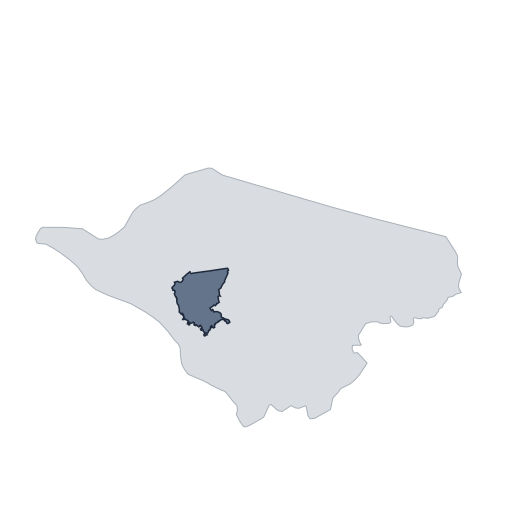 Ar-Raqqa, Ar Raqqah, Syria (highlighted), rotated 228°
{"feature_id": "27442178B57458390277946", "entity_name": "Ar-Raqqa", "entity_type": "district", "adm_level": 2, "iso_a3": "SYR", "parent_name": "Syria", "parent_adm1": "Ar Raqqah", "projection": "natural_earth1", "projection_center": [39.122, 35.826], "detail": "fine", "context": "in_parent", "style": "filled", "palette": "slate", "viewbox_px": 512, "rotation_deg": 228, "n_neighbors": 0, "source": "geoboundaries", "source_scale": "gbopen_adm2", "svg_char_len": 6166}
<svg xmlns="http://www.w3.org/2000/svg" viewBox="0 0 512 512"><g transform="rotate(228 256 256)"><path d="M98.7,187.3L102.4,187.7L110.3,192.5L111.6,192.4L114.1,186.0L116.5,183.8L121.4,181.9L122.9,171.5L125.2,169.6L128.0,168.5L132.2,168.3L135.9,167.7L136.2,165.8L131.1,153.9L131.6,150.8L134.2,138.8L135.8,134.1L137.3,132.6L143.2,133.2L151.4,135.3L153.5,138.7L157.5,141.8L163.5,141.6L170.5,142.2L175.9,142.4L180.3,140.2L190.1,136.2L194.9,134.8L199.3,133.0L213.5,126.4L219.2,126.9L223.1,127.8L226.1,128.9L232.7,133.4L238.2,138.0L242.1,139.3L249.0,139.2L259.1,140.1L271.4,140.0L278.6,138.7L287.8,136.5L304.2,131.1L325.7,119.8L338.4,114.3L343.9,113.7L351.0,113.6L358.1,115.1L366.2,116.1L369.9,116.0L378.6,114.9L389.9,112.6L397.0,110.7L405.6,107.7L410.9,102.6L412.6,102.0L414.8,103.0L415.9,103.3L418.1,106.2L420.5,113.7L420.5,114.5L420.1,116.6L414.5,122.8L407.0,131.1L401.6,136.4L392.4,145.2L385.6,147.1L374.0,150.3L370.9,153.4L368.0,158.4L366.4,165.3L365.9,169.6L365.6,177.6L368.4,185.9L371.1,193.9L371.5,199.1L371.2,204.3L368.7,209.9L366.0,217.5L364.5,226.1L363.7,242.2L363.8,256.0L363.6,258.2L358.9,267.9L353.3,279.3L350.7,281.9L338.4,285.3L325.0,293.6L310.0,302.8L296.3,311.3L282.0,320.1L267.1,329.3L256.5,335.9L242.2,344.7L229.2,353.0L216.0,361.6L206.0,368.0L190.8,378.2L181.8,384.2L168.7,393.0L157.1,400.8L143.4,410.0L126.2,407.2L120.8,405.7L116.4,401.3L113.2,399.0L105.1,396.6L100.0,388.3L96.9,385.4L91.5,384.1L93.9,378.8L94.3,375.4L96.7,371.1L95.3,368.4L94.6,362.5L93.6,361.0L93.2,359.5L94.1,357.6L93.8,355.6L92.8,354.8L92.4,351.8L91.7,349.7L92.1,347.0L93.3,345.3L94.6,342.0L96.0,341.0L98.3,338.9L98.9,336.7L101.0,334.6L103.8,332.9L104.4,331.5L104.0,330.7L101.3,329.1L99.8,326.4L101.2,322.4L102.1,321.1L103.7,319.2L107.5,316.2L110.4,315.7L112.9,315.7L117.1,316.0L120.3,316.5L121.2,315.7L121.1,314.8L117.0,312.3L116.8,310.4L117.9,308.4L120.8,305.1L124.2,302.7L125.9,302.3L129.9,297.5L132.4,292.1L128.5,279.0L126.0,277.0L122.1,275.2L119.7,274.9L119.6,274.0L122.7,270.7L125.0,267.8L122.5,265.1L118.2,263.8L116.5,266.6L110.8,266.9L102.1,266.9L98.4,253.1L97.8,247.1L98.0,240.2L100.8,230.1L99.6,225.4L99.5,222.3L98.9,217.9L92.1,208.6L96.0,191.4L98.7,187.3Z" fill="#d9dde1" stroke="#a8b0b8" stroke-width="1"/><path d="M231.1,168.5L231.5,170.1L232.2,170.7L232.3,171.2L232.3,171.5L232.0,171.8L232.2,172.2L231.9,172.5L232.5,173.1L232.4,173.7L232.9,174.0L232.9,174.3L233.9,174.8L233.9,176.3L233.7,176.2L233.3,176.3L233.1,176.1L233.2,175.6L232.8,175.4L232.1,175.8L232.2,176.2L231.0,176.3L231.0,176.8L230.8,177.0L230.7,177.7L231.2,178.0L231.9,178.4L232.0,178.6L232.7,179.2L232.4,180.2L233.1,180.6L232.9,181.2L233.0,181.6L232.5,182.6L232.5,182.9L232.3,183.2L232.3,183.9L232.2,184.5L232.7,184.6L232.3,185.2L232.2,185.9L232.1,186.1L232.0,186.4L232.2,187.2L232.0,187.4L231.6,188.3L231.3,188.4L231.1,189.0L230.8,189.4L230.8,189.6L230.6,189.6L230.5,189.9L230.1,189.7L228.9,189.2L228.3,189.6L228.4,189.9L227.0,189.8L226.5,189.6L225.5,189.4L224.8,189.6L224.5,190.7L224.3,191.0L224.5,191.4L224.3,192.2L224.7,192.4L224.8,192.4L225.4,192.7L227.1,192.8L228.6,191.8L230.2,190.7L231.8,190.3L233.7,189.4L234.2,189.6L234.8,189.9L235.0,190.3L235.3,190.5L235.8,191.0L236.5,191.3L238.0,191.2L239.1,190.7L240.3,190.2L241.1,189.4L241.9,188.5L242.5,187.6L242.6,187.3L243.0,187.2L243.7,187.6L244.5,188.0L245.4,187.9L245.4,187.6L245.4,186.5L245.4,186.3L246.9,186.6L247.5,186.8L247.8,186.7L248.1,186.8L247.6,190.5L247.7,192.1L246.9,192.2L246.3,192.5L246.6,194.8L247.0,195.0L246.4,195.8L246.3,197.7L246.6,197.6L250.9,200.4L251.3,200.7L251.0,202.1L250.2,202.6L251.9,203.0L254.1,204.9L256.0,205.6L255.7,208.6L256.5,210.1L257.5,213.0L257.6,215.1L258.0,215.7L258.6,216.0L262.0,223.7L262.2,223.8L262.3,223.8L262.5,223.8L262.8,223.9L262.8,224.0L263.0,224.0L263.3,224.2L263.3,224.3L263.5,224.4L263.6,224.5L263.7,224.8L263.7,225.0L263.8,225.0L263.8,225.3L263.7,225.4L263.7,225.5L263.7,225.8L263.8,225.9L263.8,226.0L264.0,226.1L264.3,226.2L264.5,226.2L264.6,226.3L264.8,226.3L265.6,226.7L265.9,226.7L267.1,225.0L277.2,209.7L277.9,208.8L282.7,201.7L283.6,200.4L284.3,199.3L284.7,198.7L285.4,197.7L285.6,197.4L285.8,196.8L286.2,196.3L286.5,196.0L287.8,195.9L288.3,196.4L288.6,196.3L288.6,196.0L288.5,195.9L288.8,192.9L288.7,186.5L287.3,186.2L286.6,184.1L286.8,182.3L288.5,181.2L289.6,180.9L291.1,177.8L289.7,177.4L289.1,176.2L288.7,175.0L288.9,174.7L288.8,173.6L288.9,173.0L288.5,172.1L288.1,172.2L287.9,172.1L287.5,172.1L287.2,172.0L286.9,172.0L286.6,171.4L286.1,171.3L285.4,172.2L284.7,172.4L284.7,172.2L284.4,172.0L283.2,171.8L282.6,170.0L279.8,169.1L279.5,169.0L279.3,169.2L279.2,169.1L278.9,169.3L278.3,168.8L276.9,168.7L276.8,168.0L275.6,167.1L274.5,166.2L272.8,165.5L271.8,165.5L270.3,164.9L269.7,164.6L268.6,163.9L267.9,163.5L267.0,162.7L265.6,161.4L265.1,161.6L262.9,161.5L262.9,162.8L261.7,162.8L261.6,162.0L260.5,162.0L260.5,162.5L260.0,162.2L259.8,162.0L259.4,162.0L259.3,161.6L259.2,161.6L259.1,161.3L258.7,161.2L258.4,161.3L258.2,161.3L258.2,160.7L258.1,160.1L258.1,159.8L258.1,159.7L258.0,159.4L258.1,159.1L257.8,159.0L257.7,159.3L256.9,160.1L256.8,160.6L256.5,161.2L255.7,161.2L255.3,161.5L253.3,162.1L253.2,162.1L253.3,161.9L253.0,161.7L252.6,161.3L252.1,160.9L252.0,160.4L251.6,159.7L251.3,160.0L251.0,160.2L250.4,159.9L250.2,160.1L249.9,160.1L249.7,160.3L249.6,160.2L249.3,160.6L249.6,160.9L249.7,161.1L250.8,161.3L250.9,161.6L251.7,161.7L250.9,162.1L250.2,162.4L249.5,162.8L249.1,163.4L249.1,163.9L249.1,164.1L248.9,164.7L248.9,165.0L247.9,165.3L247.9,165.0L247.7,165.0L247.3,165.3L247.1,165.1L247.2,164.8L246.6,164.5L246.5,164.0L245.9,163.9L245.8,164.3L245.0,164.4L245.1,165.0L244.8,165.7L244.2,165.5L241.5,166.1L241.5,166.6L242.0,166.6L241.8,168.0L241.7,168.2L241.3,168.1L241.3,168.3L240.6,168.0L240.1,168.0L240.0,167.9L239.9,168.0L239.4,168.1L239.4,167.9L238.4,167.5L238.8,166.3L238.7,166.0L238.8,165.8L237.6,165.5L237.3,165.8L237.1,167.0L236.8,167.2L236.5,167.0L236.2,167.0L235.4,166.6L235.3,166.4L234.9,166.5L234.4,166.7L234.1,166.6L233.0,165.9L232.5,166.2L232.4,166.1L232.3,164.4L231.1,164.2L230.7,164.8L230.7,166.0L230.2,166.9L230.3,166.9L230.6,166.9L230.7,167.0L231.0,167.3L231.2,167.8L231.7,167.8L231.4,168.0L231.1,168.5Z" fill="#64748b" stroke="#1e293b" stroke-width="1.5"/></g></svg>